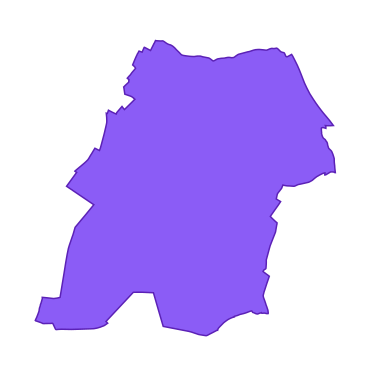 Duiven, Gelderland, Netherlands, rotated 187°
{"feature_id": "6326949B87096671163860", "entity_name": "Duiven", "entity_type": "district", "adm_level": 2, "iso_a3": "NLD", "parent_name": "Netherlands", "parent_adm1": "Gelderland", "projection": "mercator", "projection_center": [6.013, 51.947], "detail": "fine", "context": "isolated", "style": "filled", "palette": "violet", "viewbox_px": 384, "rotation_deg": 187, "n_neighbors": 0, "source": "geoboundaries", "source_scale": "gbopen_adm2", "svg_char_len": 5783}
<svg xmlns="http://www.w3.org/2000/svg" viewBox="0 0 384 384"><g transform="rotate(187 192 192)"><path d="M109.9,340.7L113.4,338.2L114.2,337.8L114.6,337.8L114.9,337.9L115.2,338.0L115.6,338.5L116.8,340.5L117.1,341.0L117.4,341.3L117.9,341.5L119.5,341.7L120.0,341.8L120.5,341.9L121.3,342.3L124.0,344.4L124.9,344.9L125.4,345.1L126.0,345.0L127.1,344.6L128.1,344.4L128.7,344.3L130.1,344.3L130.9,344.1L132.1,343.6L134.7,342.1L135.6,341.8L138.2,341.8L142.2,341.7L143.8,341.5L145.2,341.2L145.9,341.1L148.2,340.3L152.2,338.4L153.8,337.9L162.5,334.4L163.3,333.9L164.2,333.1L164.9,332.5L166.3,331.1L166.9,330.7L167.3,330.5L168.1,330.3L169.2,330.1L171.0,330.2L171.9,330.1L172.6,330.0L173.4,329.8L174.9,329.3L176.3,328.8L179.6,328.2L180.5,327.9L182.3,327.4L182.8,327.2L183.7,326.7L184.5,326.1L185.0,325.7L185.8,325.2L186.4,324.8L186.9,324.7L187.1,324.7L187.4,324.8L189.4,326.0L190.7,326.7L191.5,327.0L192.0,327.1L197.7,327.5L200.1,327.9L201.4,327.8L202.2,327.7L203.5,327.5L206.4,326.7L208.9,326.5L210.9,326.4L214.7,326.4L217.3,326.5L218.4,326.7L219.1,326.9L219.5,327.1L222.3,329.4L224.7,331.2L226.3,332.6L226.9,333.1L228.9,334.4L230.2,335.0L230.7,335.2L231.4,335.4L232.9,335.6L234.2,336.0L235.2,336.4L238.0,337.9L239.2,338.4L239.5,338.4L239.9,338.4L241.1,338.1L242.5,338.0L245.8,337.8L246.7,337.9L247.3,335.9L247.7,334.9L247.9,334.6L247.9,334.4L248.1,333.9L250.4,327.4L253.3,328.5L256.5,329.7L256.9,329.8L257.0,329.8L257.1,329.7L258.6,324.7L261.5,325.4L261.8,325.4L262.6,323.2L263.0,322.5L263.1,322.1L264.1,319.1L265.1,315.7L266.4,310.9L265.0,309.9L264.3,309.4L263.1,308.0L263.1,307.9L263.7,306.9L265.9,303.6L266.4,302.8L267.1,301.5L267.4,300.9L268.0,300.1L268.3,299.7L270.1,297.1L270.1,296.9L269.8,296.8L268.2,295.8L268.2,295.7L268.3,295.0L268.2,293.5L268.2,293.3L271.3,289.6L272.5,288.0L272.6,287.9L272.3,287.1L271.1,282.7L270.7,281.3L270.6,280.9L265.4,279.8L264.1,279.5L263.4,279.2L261.4,278.2L261.4,277.9L261.0,277.7L260.0,277.1L269.1,265.6L271.2,267.6L271.6,268.1L271.9,268.4L274.9,263.9L276.4,261.6L276.6,260.2L276.9,260.2L277.3,260.3L281.2,261.6L284.9,263.0L285.6,259.6L286.7,259.8L285.8,255.7L285.2,252.0L285.1,250.3L285.2,248.9L285.4,246.9L286.2,239.4L287.7,228.4L288.3,224.5L288.9,221.9L293.7,223.6L294.3,222.3L296.6,217.1L296.8,216.8L298.2,213.6L298.3,213.3L298.8,212.3L299.3,211.3L300.7,209.5L302.4,207.5L303.6,206.2L306.6,203.0L310.7,198.6L310.8,198.4L308.9,197.4L317.2,182.4L287.9,167.4L290.5,163.3L295.3,155.7L298.3,151.1L303.7,142.7L304.9,135.2L305.4,133.0L307.0,125.4L307.1,125.0L307.8,121.0L308.3,114.7L308.7,106.9L308.8,104.2L309.1,95.8L309.4,88.7L310.1,71.4L310.4,71.2L312.8,70.3L316.3,69.4L324.4,69.3L327.8,69.2L327.6,68.1L327.6,67.8L328.3,63.3L328.7,61.9L328.8,60.2L329.2,58.6L329.3,57.5L329.3,55.6L329.4,54.7L330.1,51.7L330.9,48.6L331.6,46.5L331.9,45.4L331.3,45.0L330.9,45.0L325.8,43.9L325.2,43.7L324.1,43.3L323.9,43.3L323.2,43.3L322.5,43.4L320.8,43.7L317.0,44.2L315.8,44.4L314.9,44.7L314.3,44.6L313.7,43.9L310.9,39.4L310.5,39.0L309.9,38.9L309.5,39.0L307.7,39.4L304.7,39.9L295.0,40.9L285.1,42.4L276.2,43.8L273.2,44.3L272.0,44.6L269.3,45.5L266.1,46.9L265.7,47.2L263.5,48.3L262.6,48.9L262.0,49.4L259.7,51.5L261.6,53.0L256.7,59.7L238.1,85.2L237.5,85.4L229.7,86.4L218.0,87.3L210.7,70.2L204.2,55.1L194.2,54.4L178.4,53.3L177.6,53.2L175.4,52.9L168.1,51.4L166.5,51.3L161.1,51.1L160.6,51.1L160.1,51.2L159.0,51.8L157.2,53.1L156.9,53.3L153.9,55.3L150.6,57.6L150.1,58.0L149.7,57.9L149.5,59.2L149.2,60.0L148.0,61.7L144.6,66.1L143.4,67.3L141.7,68.9L140.7,69.8L138.8,71.1L137.8,71.7L136.0,72.7L135.8,72.9L135.7,73.0L135.2,73.3L135.1,73.0L134.7,73.2L134.8,73.4L134.7,73.8L131.8,75.0L129.5,76.3L126.3,77.5L125.1,78.0L124.2,78.4L122.8,79.1L119.6,80.8L118.3,81.2L118.2,81.2L117.4,80.3L117.1,79.9L115.6,79.6L113.8,79.0L113.1,78.9L112.1,78.9L111.7,79.0L111.2,79.3L110.7,79.6L110.4,79.8L109.6,80.1L108.9,80.4L108.6,80.6L108.5,80.3L108.1,80.2L107.0,80.3L106.1,80.5L105.6,80.6L104.6,80.6L103.5,80.4L102.5,80.5L101.8,80.5L101.6,80.6L101.6,81.3L102.2,83.8L103.8,87.2L105.0,89.5L105.3,90.3L106.9,93.6L108.1,95.9L108.5,97.0L108.7,97.8L108.7,98.3L108.3,101.6L107.8,104.0L106.6,110.3L105.0,117.8L111.8,121.7L111.7,122.2L111.5,122.6L111.2,123.2L110.7,123.8L109.6,124.6L109.4,124.9L109.3,125.2L109.3,125.6L109.4,127.4L109.5,129.3L109.7,131.4L110.0,133.6L108.3,145.5L108.0,147.4L107.9,148.1L107.2,150.9L105.4,157.9L104.3,162.1L104.2,163.0L103.9,169.3L103.9,169.7L103.8,169.9L103.8,171.5L103.9,171.9L104.5,172.2L105.8,173.1L108.7,175.2L110.6,176.7L111.3,177.3L107.8,183.9L105.1,188.9L104.1,190.8L102.9,193.3L107.5,195.3L107.1,199.8L107.0,200.3L106.9,200.8L106.6,201.3L106.3,201.9L103.6,206.4L103.5,206.6L102.6,210.0L101.4,209.8L99.4,209.7L98.2,209.7L95.8,209.9L91.6,210.1L90.7,210.4L87.6,212.3L84.6,213.3L78.2,215.6L77.4,215.9L76.9,216.2L76.3,216.6L74.6,217.8L73.9,218.4L72.0,220.5L69.9,222.6L69.4,222.9L67.7,224.2L64.6,226.3L63.0,227.0L62.3,227.1L62.3,226.6L62.3,225.1L62.2,225.1L61.5,225.3L61.1,225.5L58.7,227.4L56.9,228.8L55.3,229.0L54.2,229.1L53.4,229.0L52.9,228.7L52.1,228.7L52.3,229.5L53.1,232.9L53.4,234.4L53.5,235.1L54.1,237.6L54.4,238.9L54.9,242.2L55.0,242.7L56.0,245.0L56.7,246.5L57.7,248.3L58.0,248.8L58.3,249.3L59.0,250.0L59.5,250.4L60.7,251.3L61.1,251.6L61.4,251.8L61.7,252.1L61.9,252.6L62.3,253.4L62.4,253.6L62.8,254.5L63.2,255.5L63.3,256.1L63.6,256.9L64.1,257.9L64.4,258.2L65.2,259.0L66.1,260.2L68.1,261.4L68.7,262.1L69.2,262.8L69.4,263.3L69.9,264.1L70.3,265.4L70.6,265.9L70.6,266.9L70.9,268.0L71.4,270.9L71.4,271.1L71.1,271.5L70.9,271.6L70.4,271.8L69.2,271.9L66.9,271.5L67.0,272.5L67.1,273.2L67.7,274.2L65.4,274.3L65.0,274.4L63.0,274.6L59.8,275.2L64.1,279.7L71.6,286.7L74.3,289.4L77.1,292.3L79.6,295.0L82.8,298.7L87.1,303.9L90.7,309.2L93.6,313.8L95.7,317.7L98.0,322.0L100.3,326.2L102.9,330.6L105.6,334.7L108.5,339.0L109.9,340.7Z" fill="#8b5cf6" stroke="#5b21b6" stroke-width="1.5"/></g></svg>